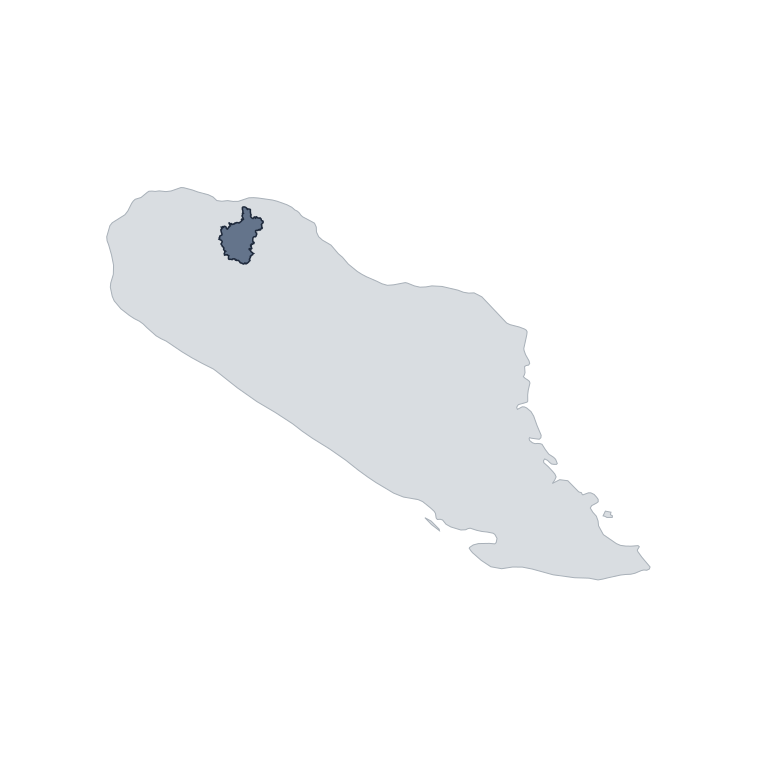 Sakaraha, Atsimo-Andrefana, Madagascar shown in context, rotated 108°
{"feature_id": "10022922B49716742274905", "entity_name": "Sakaraha", "entity_type": "district", "adm_level": 2, "iso_a3": "MDG", "parent_name": "Madagascar", "parent_adm1": "Atsimo-Andrefana", "projection": "natural_earth1", "projection_center": [44.417, -22.83], "detail": "fine", "context": "in_parent", "style": "filled", "palette": "slate", "viewbox_px": 768, "rotation_deg": 108, "n_neighbors": 0, "source": "geoboundaries", "source_scale": "gbopen_adm2", "svg_char_len": 9016}
<svg xmlns="http://www.w3.org/2000/svg" viewBox="0 0 768 768"><g transform="rotate(108 384 384)"><path d="M488.7,90.6L490.5,95.4L492.6,100.0L499.1,111.1L501.8,115.4L504.2,119.9L505.3,129.0L509.4,143.1L513.2,164.2L514.2,186.0L515.4,195.9L518.4,205.3L523.3,215.0L524.8,225.9L521.7,237.0L517.2,247.5L516.0,249.5L513.9,252.2L513.0,252.1L509.5,249.4L506.6,244.9L503.0,234.5L501.8,229.2L500.2,228.3L495.9,228.8L492.8,232.1L492.2,234.2L492.9,240.1L494.0,245.4L494.5,250.8L494.5,257.5L495.7,259.6L497.4,261.3L499.1,265.8L499.3,276.3L498.2,281.7L495.2,286.3L495.3,288.8L496.4,291.4L495.3,293.0L491.3,295.0L489.7,296.7L487.5,301.4L483.9,310.9L483.4,315.8L485.5,330.6L484.8,341.1L480.2,361.2L477.5,370.7L473.8,382.1L468.2,397.1L462.5,416.0L457.7,435.4L454.2,447.1L450.1,458.5L444.6,478.9L440.0,499.5L433.0,522.2L423.6,547.5L422.5,550.8L420.5,563.7L418.4,575.0L415.8,586.1L410.5,604.5L409.8,610.1L408.6,615.6L403.6,627.1L401.4,631.4L399.9,635.9L399.0,641.7L397.5,647.3L393.8,657.5L388.3,666.3L384.5,669.6L376.5,674.2L372.4,675.1L363.4,675.3L354.6,677.9L345.5,683.0L336.7,688.9L333.4,691.6L329.7,693.2L318.1,693.6L314.6,692.3L303.1,682.7L298.6,681.1L290.1,679.8L287.5,679.0L285.2,677.7L281.7,672.7L274.9,668.4L273.3,667.1L272.2,664.2L271.5,661.0L269.8,657.5L268.4,650.8L266.2,646.1L259.9,637.8L259.2,635.1L258.7,626.3L258.9,620.4L258.3,609.5L259.0,604.3L261.2,599.7L260.3,594.7L257.9,589.4L257.0,584.0L255.3,579.0L248.7,570.1L247.1,565.7L246.0,561.2L243.5,547.0L243.2,542.1L243.5,531.7L244.4,526.3L246.0,522.6L246.4,519.8L247.5,517.4L249.0,515.4L250.1,513.2L252.5,499.8L255.7,496.9L260.3,495.2L264.1,491.7L266.2,487.0L268.3,477.3L274.2,467.7L276.3,462.6L281.0,455.0L285.2,444.2L286.5,439.1L287.4,434.0L288.5,422.6L289.3,416.9L289.1,411.3L286.7,405.5L281.0,395.1L280.8,393.1L281.3,385.3L280.8,379.7L278.7,374.1L275.9,368.8L273.3,359.0L271.9,342.7L272.2,336.8L271.4,331.5L269.5,326.5L270.9,317.8L288.1,286.2L288.6,282.5L288.0,272.9L288.3,267.3L288.9,265.2L290.2,264.0L293.2,263.4L307.1,262.0L308.9,261.1L312.4,258.4L317.2,253.2L319.4,251.8L321.3,252.3L322.5,254.5L324.0,255.7L329.6,253.4L331.8,253.3L334.0,253.7L335.0,251.5L335.7,248.7L336.5,246.6L338.0,245.5L345.3,244.9L349.9,244.0L355.9,242.0L357.1,242.4L362.0,249.7L363.4,250.3L365.3,250.6L366.9,249.3L363.0,245.5L362.4,243.3L362.7,240.9L364.8,235.7L368.3,231.7L376.1,225.7L384.2,218.7L386.6,218.2L388.6,219.3L390.1,227.6L389.9,228.9L391.2,229.1L392.7,228.1L394.0,224.8L394.1,222.0L393.0,219.4L392.5,217.1L392.5,215.1L396.6,210.2L399.8,205.6L401.3,200.0L402.6,197.5L406.1,194.6L407.1,195.1L407.9,197.4L408.3,199.9L407.4,202.3L406.1,204.8L405.6,208.0L407.5,208.6L409.4,207.8L412.0,202.0L415.1,196.4L416.9,193.6L419.2,191.6L422.9,192.0L426.6,193.2L420.7,187.3L419.2,179.3L426.4,165.5L426.4,162.6L427.5,161.7L428.0,160.6L424.3,155.9L423.6,153.6L424.1,150.0L425.9,146.9L427.5,144.7L429.8,143.9L431.6,145.1L435.5,148.9L438.2,149.5L441.4,145.8L444.1,141.2L448.1,138.1L452.6,136.1L459.5,128.8L464.0,113.6L464.4,109.2L463.4,103.8L461.8,98.7L459.2,92.4L459.9,90.9L463.7,91.8L464.9,90.9L469.0,85.3L475.8,74.4L478.0,74.5L479.9,76.5L480.6,79.4L481.9,81.6L486.4,86.8L488.7,90.6ZM441.6,133.2L441.7,134.9L436.5,134.2L435.8,128.5L438.3,128.3L438.8,126.0L440.4,125.7L442.0,130.8L441.6,133.2ZM503.0,295.4L498.5,303.8L499.8,296.8L505.0,286.7L506.4,285.9L503.0,295.4Z" fill="#d9dde1" stroke="#a8b0b8" stroke-width="1"/><path d="M313.4,555.0L313.3,554.8L313.1,554.3L312.1,554.0L312.0,553.8L311.9,553.5L312.3,553.3L312.3,553.1L312.4,552.8L312.4,552.4L312.2,552.1L311.7,551.9L311.6,551.6L311.4,551.6L311.4,551.4L309.8,550.4L308.9,550.2L308.3,549.7L307.9,549.6L307.7,549.7L307.4,550.0L307.3,550.4L307.0,550.6L306.1,550.5L305.4,550.2L304.9,550.3L304.7,550.4L304.2,550.1L303.9,550.6L303.7,550.6L302.9,550.1L302.4,549.6L301.8,549.1L301.7,549.0L301.3,549.2L301.0,548.9L300.6,548.9L300.5,548.6L300.2,548.4L300.2,548.6L300.2,549.0L299.9,549.5L299.7,549.7L299.6,550.2L299.5,550.4L299.6,550.6L299.5,550.9L299.2,551.2L299.1,551.5L298.9,551.6L298.8,551.9L298.6,552.0L298.4,552.2L298.1,552.2L297.9,552.2L298.0,553.2L297.8,553.7L297.3,554.0L297.1,554.0L296.9,553.9L296.5,552.1L296.2,551.7L295.9,551.6L295.6,552.0L295.1,552.2L294.9,552.5L294.7,552.8L294.4,553.2L294.3,553.3L294.0,553.3L293.9,553.1L293.7,553.3L293.8,553.4L293.7,553.6L293.4,553.6L293.2,553.7L293.0,553.1L292.7,553.1L292.5,553.4L292.2,553.4L292.1,553.0L291.9,552.9L291.6,552.9L291.6,552.7L291.8,552.4L291.7,552.3L291.5,552.2L291.2,551.9L290.9,551.8L290.7,551.4L290.4,551.6L290.1,551.2L289.9,551.2L289.7,551.2L289.6,551.3L289.6,551.5L289.4,551.6L289.3,551.9L289.5,552.4L288.5,553.0L287.8,553.2L287.0,553.5L286.1,553.7L285.7,553.7L285.1,553.7L284.3,553.3L283.9,552.7L283.8,551.9L283.6,551.8L283.3,551.5L283.0,551.4L282.3,551.4L282.2,551.4L281.6,551.5L281.4,551.3L281.0,551.3L280.8,551.4L280.5,551.6L279.9,551.7L279.7,552.6L279.4,553.0L278.9,553.1L278.6,553.3L278.2,553.4L278.1,553.5L277.7,553.4L277.5,552.9L277.4,552.8L277.3,552.5L277.2,552.5L277.0,552.3L277.0,551.5L276.0,551.0L276.0,550.8L276.1,550.6L275.9,550.6L275.8,550.4L275.9,550.2L275.5,550.1L275.6,549.3L275.6,549.1L274.6,549.0L274.1,548.8L274.1,548.5L273.9,548.1L273.7,548.0L273.2,548.0L273.0,548.6L272.9,548.7L272.6,548.5L272.0,549.0L271.7,549.0L271.2,549.2L270.8,549.6L270.2,549.9L269.7,549.6L269.0,549.6L268.4,549.0L268.0,549.1L267.7,548.9L267.4,549.1L267.1,549.1L266.8,549.2L266.5,549.5L266.6,549.8L266.4,550.1L266.5,550.3L266.5,550.6L266.2,551.1L265.8,551.5L265.2,551.7L265.0,551.9L264.3,553.2L264.4,553.4L264.5,553.5L264.8,553.5L264.8,554.1L264.8,554.4L265.0,554.6L265.1,554.9L265.0,555.4L264.9,555.7L265.0,556.2L264.7,556.4L264.5,556.6L264.4,556.7L264.5,556.9L264.4,557.2L264.7,557.5L265.0,557.4L265.1,557.2L266.0,557.4L265.8,557.9L265.7,558.1L265.3,558.4L265.2,558.7L265.2,558.9L265.3,558.9L265.6,559.0L265.8,559.2L266.1,559.2L266.5,559.4L266.7,559.6L267.1,559.7L267.1,560.1L266.9,561.2L266.8,561.4L266.5,561.7L266.4,562.1L266.2,562.2L265.5,562.9L264.9,562.6L264.1,562.7L263.9,562.9L263.8,563.2L263.7,563.3L262.9,563.7L262.6,563.7L262.1,564.1L261.8,564.3L261.4,564.3L261.0,564.5L260.5,564.6L260.2,564.8L259.7,564.8L259.3,565.1L259.3,566.2L259.5,567.3L259.7,567.6L260.2,567.9L260.1,568.1L259.7,568.1L259.4,568.3L259.3,568.6L259.3,568.9L259.3,569.1L258.9,569.5L258.7,570.7L258.7,571.1L258.8,571.8L259.0,572.3L259.3,572.8L259.4,573.0L260.1,573.2L260.8,572.8L261.1,572.9L261.6,572.7L263.1,571.6L263.4,571.5L264.2,571.5L264.4,571.4L264.7,571.0L264.9,570.6L265.0,570.5L265.1,570.4L265.5,570.9L265.9,571.3L266.1,571.2L266.9,570.7L267.4,570.8L267.6,571.0L268.0,571.0L268.4,570.7L268.6,570.4L268.9,570.2L269.4,569.6L269.7,569.3L269.9,569.3L270.5,568.6L270.8,568.5L271.3,568.9L271.1,569.5L271.0,570.1L271.3,570.3L271.7,570.4L272.0,570.1L272.1,569.7L272.4,569.6L272.6,569.8L272.9,569.9L273.2,569.9L274.1,570.5L274.8,571.1L275.1,571.1L275.5,571.5L275.7,571.8L275.7,572.0L275.6,572.6L275.8,573.1L275.9,573.6L275.9,573.9L276.1,574.1L276.4,574.2L276.5,574.3L276.6,574.6L276.7,575.2L276.9,575.4L277.0,575.5L277.3,575.3L277.9,575.6L278.3,576.7L278.4,576.8L278.6,577.1L278.8,577.3L278.9,577.2L279.0,577.4L279.0,577.5L279.4,578.1L279.5,578.4L279.5,578.6L279.4,578.6L278.7,578.6L278.6,578.8L278.8,579.2L279.0,579.4L279.3,579.1L279.6,579.0L280.1,579.5L279.7,579.6L278.6,580.8L278.7,581.1L279.1,581.0L280.2,579.9L281.2,579.1L281.6,579.5L282.4,579.7L282.4,580.0L282.7,580.0L283.1,580.3L283.9,580.4L284.8,580.6L285.1,580.8L285.2,581.0L284.5,582.1L284.4,582.3L284.0,582.4L283.4,582.9L283.2,584.1L283.2,584.3L283.4,584.5L283.7,584.6L283.8,584.7L283.8,585.2L284.0,585.6L284.2,585.8L284.2,586.1L284.7,586.4L285.0,586.9L285.1,587.1L285.3,586.7L285.3,585.8L286.0,586.5L286.5,586.4L286.6,586.2L287.1,586.3L287.3,586.7L287.9,586.8L288.3,586.6L288.8,586.1L289.2,586.1L289.7,585.8L290.0,585.5L290.4,585.2L290.8,584.8L291.4,584.6L291.6,584.4L292.2,584.2L292.5,584.3L292.7,584.5L293.7,585.6L294.1,585.9L294.3,585.9L294.5,585.7L295.1,585.6L295.3,585.7L295.8,585.9L296.0,585.9L296.4,585.3L296.7,585.4L296.8,585.4L297.1,585.6L297.3,585.7L297.4,585.3L297.4,584.6L297.6,583.7L297.6,583.3L297.6,583.0L298.2,582.3L298.5,582.0L298.7,581.8L298.9,581.8L300.0,582.0L300.9,582.1L301.2,582.3L301.7,581.8L302.4,580.6L302.6,580.5L302.9,580.5L303.2,580.1L303.4,579.3L304.1,578.3L304.4,578.2L304.7,578.3L305.2,578.3L305.6,578.1L306.0,577.8L306.2,577.2L306.4,576.7L306.6,575.9L306.8,576.2L307.1,576.4L307.3,576.4L308.0,576.1L309.3,576.3L309.7,576.1L310.2,575.7L310.6,575.5L310.3,575.2L310.5,575.1L310.4,574.8L310.0,574.3L310.0,573.9L309.8,573.8L309.5,573.0L309.7,572.9L309.8,572.7L309.9,571.3L311.2,571.2L312.1,570.9L312.4,570.7L312.8,570.7L313.1,570.5L313.3,570.1L313.3,569.6L313.0,569.2L312.7,567.9L312.7,566.9L312.0,566.7L311.5,566.2L311.6,565.5L311.2,564.9L311.1,564.7L311.2,564.3L311.9,563.9L312.1,563.6L312.1,563.3L312.1,563.0L311.7,562.8L311.8,562.7L311.9,562.4L312.0,562.2L311.8,561.9L311.7,561.3L311.5,560.9L311.5,560.6L311.5,560.4L311.9,559.9L312.4,558.9L312.5,558.8L312.9,558.6L313.0,558.4L313.2,557.8L313.0,557.4L313.1,556.4L313.2,556.1L313.1,555.8L313.4,555.0Z" fill="#64748b" stroke="#1e293b" stroke-width="1.5"/></g></svg>